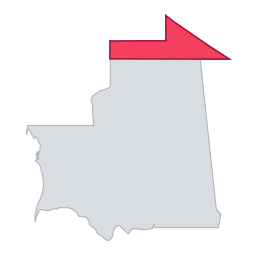 location of Bir Moghrein, Tiris Zemmour, Mauritania
{"feature_id": "47542326B49457561972338", "entity_name": "Bir Moghrein", "entity_type": "district", "adm_level": 2, "iso_a3": "MRT", "parent_name": "Mauritania", "parent_adm1": "Tiris Zemmour", "projection": "mercator", "projection_center": [-8.377, 26.182], "detail": "fine", "context": "in_parent", "style": "filled", "palette": "rose", "viewbox_px": 256, "rotation_deg": 0, "n_neighbors": 0, "source": "geoboundaries", "source_scale": "gbopen_adm2", "svg_char_len": 3315}
<svg xmlns="http://www.w3.org/2000/svg" viewBox="0 0 256 256"><path d="M105.8,239.5L105.4,239.4L103.6,238.2L102.8,236.7L101.4,235.6L99.5,234.8L98.2,234.0L97.6,233.0L96.9,232.4L96.2,232.1L96.1,231.7L96.3,231.3L96.1,230.4L95.0,228.5L93.9,227.6L93.0,227.7L92.5,227.5L92.2,227.0L92.1,226.4L91.5,225.9L90.4,225.6L89.5,224.2L88.9,221.5L88.0,219.5L87.0,218.0L86.3,217.4L85.7,217.3L85.5,217.1L85.4,216.7L84.6,216.5L83.5,217.0L82.4,216.8L81.9,216.1L81.2,216.0L80.4,216.6L79.4,216.5L78.3,215.5L77.7,214.6L77.6,213.6L75.8,211.8L72.2,209.0L68.3,207.7L64.1,207.8L61.8,207.7L61.3,207.3L60.7,207.3L60.2,207.8L59.7,207.9L59.1,207.6L58.7,207.8L58.6,208.6L57.1,208.9L54.3,208.9L52.0,209.4L50.3,210.2L47.8,210.6L44.6,210.5L42.7,210.2L42.1,209.7L41.2,209.5L40.0,209.8L38.9,211.2L38.0,213.7L37.2,215.1L36.6,215.5L36.0,217.3L35.6,220.4L35.1,221.8L35.1,214.1L36.0,211.2L36.3,208.6L38.2,203.0L40.5,198.3L42.7,192.2L43.5,186.2L43.2,180.4L42.6,175.1L41.5,171.7L40.4,166.7L38.9,164.0L36.1,161.7L35.4,160.4L36.1,159.9L37.8,159.5L38.9,157.7L36.6,158.4L39.3,152.9L40.1,149.1L40.0,146.6L40.5,145.1L38.4,141.7L36.8,137.5L36.0,136.9L35.2,136.5L35.1,137.5L34.6,138.4L33.6,137.9L31.9,134.8L29.4,129.8L28.5,129.3L27.8,130.0L27.4,130.7L26.5,134.8L26.3,133.2L26.6,131.2L27.2,128.8L27.9,125.5L30.1,125.5L33.9,125.5L41.5,125.5L45.3,125.5L52.9,125.5L56.7,125.5L64.4,125.4L68.2,125.4L75.8,125.4L79.6,125.4L87.2,125.4L91.0,125.4L93.6,125.4L93.4,123.0L93.3,121.2L93.1,118.6L93.0,116.1L92.8,113.6L92.7,111.2L92.5,108.8L92.4,106.6L92.3,104.6L92.0,103.4L91.2,101.1L91.1,100.0L91.3,98.8L91.8,97.6L93.3,95.5L95.5,93.9L98.1,92.0L100.1,90.6L101.1,90.3L104.2,89.8L106.7,88.7L109.1,87.6L110.0,87.1L110.2,85.1L110.2,40.8L121.9,40.8L125.0,40.8L146.7,40.8L149.8,40.8L165.6,40.8L165.6,38.7L165.6,35.7L165.6,31.5L165.6,27.3L165.6,19.9L165.6,16.8L168.7,18.9L174.9,23.0L178.1,25.1L184.3,29.2L190.6,33.3L196.8,37.4L199.9,39.4L203.1,41.5L206.2,43.5L209.3,45.6L215.6,49.6L218.2,51.3L222.2,54.1L225.9,56.6L229.7,59.2L223.9,59.2L216.1,59.2L210.8,59.2L205.4,59.2L200.3,59.2L200.7,63.4L201.2,67.9L201.7,72.5L202.1,77.0L202.6,81.5L204.0,95.0L204.5,99.5L205.0,104.0L205.5,108.5L205.9,112.9L206.9,121.8L207.3,126.3L207.8,130.7L208.3,135.1L208.8,139.5L209.2,144.0L210.2,152.8L210.7,157.1L211.1,161.5L211.6,165.9L212.1,170.3L212.5,174.6L213.0,179.0L213.5,183.3L214.4,192.0L214.9,196.3L215.4,200.7L215.9,205.0L216.3,209.2L218.3,211.4L220.8,214.1L220.1,218.0L219.2,222.7L218.3,227.7L211.3,227.7L204.6,227.7L187.6,227.7L184.2,227.7L167.3,227.7L163.9,227.7L157.4,227.7L155.4,227.6L154.7,227.2L154.5,224.6L153.9,224.8L153.2,225.5L152.9,226.4L153.0,227.4L152.9,228.4L150.7,228.7L147.7,229.3L144.6,229.8L141.5,229.7L140.5,229.4L139.3,229.1L136.8,228.7L135.5,228.7L133.9,228.8L132.1,229.0L131.5,229.5L130.1,231.4L128.8,233.7L127.9,233.7L126.9,232.4L124.2,230.1L121.0,227.0L119.5,225.5L118.7,225.3L117.1,226.4L115.8,227.4L114.4,228.9L113.8,230.4L113.3,232.0L113.1,234.0L112.6,236.3L111.4,238.2L110.1,239.6L109.1,240.3L108.7,240.6L105.8,239.5ZM37.8,154.3L36.7,156.0L36.2,155.4L36.0,154.2L37.0,152.6L37.4,151.8L38.3,151.5L37.8,154.3Z" fill="#d9dde1" stroke="#a8b0b8" stroke-width="1"/><path d="M200.6,59.1L204.2,59.1L229.5,59.1L209.8,46.6L191.1,33.6L173.7,21.6L165.8,15.4L165.9,40.8L143.1,40.8L114.2,41.0L109.9,40.9L109.9,58.9L200.6,59.1Z" fill="#f43f5e" stroke="#9f1239" stroke-width="1.5"/></svg>